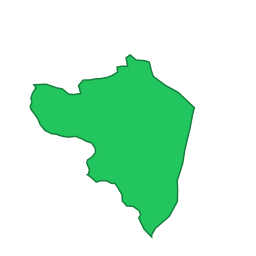 outline of Varberg, Halland, Sweden, rotated 227°
{"feature_id": "70781695B45101098387914", "entity_name": "Varberg", "entity_type": "district", "adm_level": 2, "iso_a3": "SWE", "parent_name": "Sweden", "parent_adm1": "Halland", "projection": "robinson", "projection_center": [12.471, 57.185], "detail": "fine", "context": "isolated", "style": "filled", "palette": "green", "viewbox_px": 256, "rotation_deg": 227, "n_neighbors": 0, "source": "geoboundaries", "source_scale": "gbopen_adm2", "svg_char_len": 1127}
<svg xmlns="http://www.w3.org/2000/svg" viewBox="0 0 256 256"><g transform="rotate(227 128 128)"><path d="M32.2,71.0L33.6,72.2L36.0,79.6L35.3,98.0L40.6,114.0L50.0,123.1L55.9,128.0L64.7,143.7L72.4,153.5L78.9,163.0L85.3,172.9L94.2,184.9L97.6,190.4L104.8,189.9L119.8,189.0L129.6,185.8L133.5,184.4L148.6,181.7L154.5,184.4L161.7,188.5L166.2,185.8L172.1,180.3L180.0,179.4L180.6,174.4L173.4,169.8L177.3,165.7L180.0,161.6L176.0,158.4L177.3,152.0L179.0,147.7L182.4,142.1L185.7,138.3L189.0,133.1L193.6,127.8L192.8,120.8L185.3,117.0L189.4,111.2L193.2,107.7L201.5,106.6L206.1,103.1L215.7,98.1L223.8,88.7L219.9,88.0L219.5,84.8L218.2,81.3L216.1,77.5L212.3,75.2L210.7,71.4L207.7,69.7L201.1,69.1L195.6,68.2L190.6,66.2L182.7,65.6L175.6,68.5L172.7,71.1L166.8,74.3L161.8,78.4L157.7,83.9L151.8,86.8L147.2,88.3L141.8,91.2L135.5,90.3L132.2,87.4L131.4,81.9L132.2,76.6L130.5,74.0L123.8,71.4L121.3,67.9L121.6,66.4L117.2,67.4L110.1,67.9L108.0,72.3L104.2,76.1L98.4,78.4L96.3,80.7L90.4,79.8L83.3,78.1L78.3,74.0L71.7,74.0L67.5,78.1L60.4,79.8L55.8,78.1L55.0,74.6L49.1,72.6L42.9,70.8L32.2,71.0Z" fill="#22c55e" stroke="#15803d" stroke-width="1.5"/></g></svg>